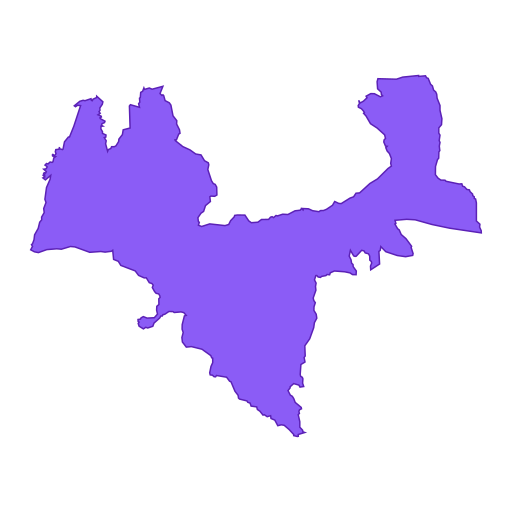 Atzitzihuacán, Puebla, Mexico (Mercator projection)
{"feature_id": "50627088B49203716131538", "entity_name": "Atzitzihuacán", "entity_type": "district", "adm_level": 2, "iso_a3": "MEX", "parent_name": "Mexico", "parent_adm1": "Puebla", "projection": "mercator", "projection_center": [-98.615, 18.813], "detail": "fine", "context": "isolated", "style": "filled", "palette": "violet", "viewbox_px": 512, "rotation_deg": 0, "n_neighbors": 0, "source": "geoboundaries", "source_scale": "gbopen_adm2", "svg_char_len": 6011}
<svg xmlns="http://www.w3.org/2000/svg" viewBox="0 0 512 512"><path d="M59.5,147.0L59.0,149.2L55.8,149.6L55.3,151.8L56.0,153.6L55.3,154.8L54.2,155.4L52.9,154.4L52.4,154.9L52.6,156.0L55.5,156.7L53.8,157.9L53.0,161.7L52.1,162.4L50.1,162.0L48.0,163.9L46.5,163.5L45.0,165.1L47.0,166.5L47.0,167.4L45.9,168.9L43.7,169.2L46.3,171.6L45.6,173.1L44.2,172.7L43.6,173.8L44.7,174.9L43.2,175.3L44.8,176.9L42.9,177.9L45.4,179.9L50.7,175.4L50.1,179.2L46.5,187.5L44.9,199.3L46.0,202.5L43.7,208.5L44.2,212.6L41.6,217.1L41.7,219.8L39.7,222.2L38.2,228.4L34.6,234.8L34.0,239.8L32.5,243.8L31.5,244.6L32.5,246.4L30.7,249.8L34.4,251.8L38.4,252.6L46.8,249.6L56.8,248.8L61.4,249.2L70.4,246.5L74.9,246.9L89.7,252.3L100.8,251.5L105.1,252.1L111.3,251.3L112.7,250.3L113.6,259.4L118.3,261.3L120.8,265.4L135.2,270.9L138.6,275.4L144.2,277.9L146.3,277.8L149.3,282.7L151.9,283.5L153.2,285.2L152.3,287.5L154.6,291.6L156.1,293.3L158.7,293.9L159.8,295.8L160.1,297.4L158.8,298.8L158.9,304.5L156.8,306.3L156.6,310.1L157.5,314.1L154.3,317.7L147.1,318.1L143.3,316.6L141.0,317.9L140.5,319.1L138.0,319.5L138.1,321.4L139.1,322.1L138.2,323.4L139.1,326.2L143.4,328.9L145.8,327.3L147.7,328.0L152.8,326.3L154.0,323.1L159.6,318.1L160.9,316.0L162.3,316.0L163.0,314.6L164.7,314.3L168.9,311.5L173.0,311.6L174.2,312.5L181.0,311.9L183.8,312.6L186.2,315.4L184.4,315.9L182.2,324.6L182.1,329.2L183.2,332.5L181.9,337.5L182.4,342.0L186.3,347.1L191.4,346.6L201.9,349.2L210.8,355.6L211.7,357.8L212.7,358.2L212.7,362.7L211.0,366.4L209.7,372.8L210.2,374.9L212.4,375.2L214.1,376.7L215.6,376.8L216.5,375.5L226.6,377.2L229.6,381.2L231.0,381.8L235.0,391.3L238.1,395.3L238.5,398.1L239.6,399.1L246.9,400.9L247.8,402.3L250.1,403.1L251.1,406.1L256.7,406.9L257.4,409.5L259.9,411.2L263.0,415.1L264.3,414.7L267.2,416.7L270.6,415.7L271.0,418.5L274.8,420.1L277.8,425.7L281.3,424.8L284.2,425.3L289.2,429.6L293.8,434.6L293.7,435.6L297.3,436.5L298.3,436.3L298.2,434.5L304.8,432.5L302.9,431.8L302.6,430.2L299.8,427.2L299.8,421.7L298.2,414.6L299.4,413.5L298.9,411.4L299.5,409.8L301.5,408.8L301.2,407.4L295.2,402.4L293.7,398.5L292.3,396.3L290.3,395.1L288.0,390.6L290.1,387.9L290.1,386.8L293.7,383.6L298.9,385.1L300.0,387.1L303.7,386.5L302.6,383.2L302.9,378.8L302.3,377.3L300.7,376.4L300.2,374.5L300.9,364.5L305.0,362.0L304.1,357.5L305.2,356.0L304.8,345.8L309.7,338.8L313.7,327.7L314.4,322.7L316.8,318.2L316.2,314.2L313.9,310.4L314.0,306.8L315.3,302.7L313.8,300.5L313.2,298.0L315.9,290.2L315.5,286.5L316.1,283.1L314.5,279.9L315.8,275.6L316.8,275.5L318.1,277.0L320.5,277.4L321.6,276.4L325.9,275.6L327.0,274.5L329.6,274.8L330.3,272.8L334.4,271.0L344.8,271.8L350.0,272.9L352.5,274.6L356.1,274.7L356.3,271.0L353.2,266.7L353.0,264.5L351.6,263.2L351.0,259.7L349.2,256.1L350.4,250.3L353.7,255.9L355.1,256.4L356.2,256.2L361.7,250.3L364.0,250.9L365.2,252.9L368.5,253.8L369.7,256.1L369.8,260.1L371.3,261.5L371.7,263.0L370.5,266.1L370.7,269.8L379.6,264.0L378.9,251.4L380.2,250.4L380.8,246.6L385.8,251.7L397.2,255.5L405.6,256.7L412.7,255.4L413.1,253.6L411.1,247.4L411.6,246.3L406.0,238.7L401.2,234.5L399.2,229.9L397.6,228.7L394.9,224.0L395.9,223.4L395.0,220.3L406.7,219.3L415.2,219.8L432.0,224.5L449.7,228.2L481.3,232.9L481.2,230.7L479.6,227.1L479.9,224.2L476.4,221.0L476.4,202.9L475.6,199.0L474.3,198.5L474.2,196.7L472.7,195.6L472.6,194.1L470.0,191.6L469.4,189.9L466.8,189.4L464.5,186.8L462.6,186.2L461.8,183.8L459.1,184.0L446.1,181.3L445.0,180.2L440.9,180.1L438.1,178.2L435.4,174.7L435.5,166.5L437.5,159.6L438.7,158.2L438.9,151.9L439.8,150.6L439.3,146.1L440.0,142.4L439.2,140.6L440.0,135.1L438.8,133.2L438.8,127.9L441.5,124.7L441.9,118.7L440.0,110.3L440.0,105.5L437.1,98.2L436.7,94.2L435.7,91.9L433.6,90.1L432.4,85.9L430.6,84.3L428.2,78.4L426.5,77.7L425.5,75.8L418.7,76.4L418.6,75.5L402.7,77.1L396.4,79.2L377.9,78.7L377.1,81.7L377.6,88.8L381.2,92.2L381.4,94.5L382.6,95.8L380.4,96.8L374.4,93.7L370.8,93.6L366.1,96.2L367.0,97.8L363.4,101.2L360.1,103.0L358.7,100.3L359.5,103.4L358.2,105.5L358.4,107.2L361.5,108.8L363.6,111.2L364.4,112.7L363.6,113.3L366.1,116.1L370.5,123.7L377.1,128.0L384.6,134.8L385.5,138.4L384.1,139.9L383.8,142.0L385.5,146.1L387.1,146.3L385.8,147.7L387.2,151.1L389.4,153.5L391.4,158.6L390.7,163.4L391.4,166.1L388.0,168.5L377.5,178.9L369.9,183.5L359.6,192.9L356.0,193.2L353.6,196.8L350.0,198.1L341.2,203.6L338.7,203.4L334.7,201.5L332.5,205.3L326.5,209.3L323.6,210.5L320.4,210.6L319.0,211.7L312.6,210.7L308.5,208.8L302.6,208.5L303.4,209.2L303.1,210.0L301.5,208.5L300.2,210.2L295.0,210.8L287.9,214.5L282.7,214.2L277.5,215.9L276.0,215.5L273.6,217.6L272.1,216.7L270.5,217.2L268.6,219.4L261.5,219.5L257.9,222.2L251.3,222.7L248.7,220.8L244.9,215.1L237.4,215.0L234.7,215.4L234.2,216.9L230.6,220.7L228.7,224.5L225.0,225.6L209.7,223.9L201.6,226.5L198.4,225.2L199.3,222.3L198.4,221.6L197.9,217.7L201.0,213.2L203.6,211.4L205.5,205.6L210.4,201.5L209.8,196.8L210.9,196.1L214.7,196.3L216.9,195.0L216.7,187.1L215.2,184.4L213.3,183.6L211.5,180.8L207.8,169.5L208.8,164.8L208.3,162.8L204.5,160.7L201.0,154.9L195.7,154.0L190.0,149.9L182.8,146.6L175.3,140.6L175.0,139.9L176.5,139.7L178.7,134.1L180.0,133.3L179.5,129.8L176.6,124.0L176.8,120.7L173.0,115.8L170.9,105.1L169.3,102.8L165.1,100.6L163.7,95.6L162.9,94.8L162.0,95.5L160.0,93.6L162.9,86.3L152.1,89.2L149.3,88.0L144.5,89.4L143.9,87.9L142.6,91.3L140.7,92.4L140.3,97.5L139.5,98.2L139.8,102.2L138.6,103.7L139.5,107.3L130.4,104.7L129.4,106.0L130.1,128.0L123.2,129.8L122.4,134.6L118.9,139.1L118.6,141.6L116.0,145.8L114.3,146.7L111.6,146.7L110.8,148.5L108.3,149.6L107.6,151.3L105.6,143.8L106.2,140.8L104.3,137.6L105.8,137.1L106.0,135.0L102.5,133.4L102.5,131.7L100.9,128.9L101.0,126.3L102.8,126.1L101.5,125.3L102.0,123.7L104.5,122.6L105.0,121.2L100.3,118.6L100.0,117.8L101.4,117.0L101.2,116.2L98.0,114.8L100.2,113.3L99.0,111.7L100.0,110.3L99.8,108.0L102.3,104.3L102.9,101.8L96.7,96.2L96.7,97.5L93.0,99.2L92.3,100.7L91.4,100.4L91.0,98.7L85.0,100.7L83.1,100.3L79.8,101.3L74.3,105.8L75.5,106.7L77.6,105.3L80.6,105.6L73.8,126.3L69.5,137.0L68.4,137.0L64.5,141.8L63.0,149.2L62.5,149.6L59.4,148.7L59.5,147.0Z" fill="#8b5cf6" stroke="#5b21b6" stroke-width="1.5"/></svg>